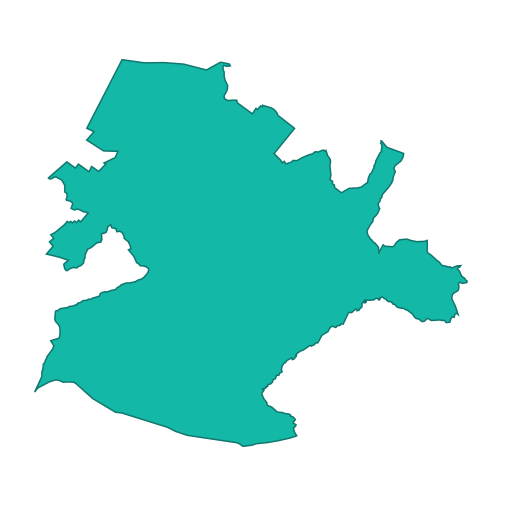 the district of Xaltocan, Tlaxcala, Mexico, rotated 274°
{"feature_id": "50627088B23292319838140", "entity_name": "Xaltocan", "entity_type": "district", "adm_level": 2, "iso_a3": "MEX", "parent_name": "Mexico", "parent_adm1": "Tlaxcala", "projection": "orthographic", "projection_center": [-98.236, 19.419], "detail": "fine", "context": "isolated", "style": "filled", "palette": "teal", "viewbox_px": 512, "rotation_deg": 274, "n_neighbors": 0, "source": "geoboundaries", "source_scale": "gbopen_adm2", "svg_char_len": 6028}
<svg xmlns="http://www.w3.org/2000/svg" viewBox="0 0 512 512"><g transform="rotate(274 256 256)"><path d="M442.5,108.7L371.6,78.3L368.7,85.7L359.8,79.0L350.2,96.7L350.8,111.0L344.3,108.6L338.2,97.9L337.2,99.7L329.4,93.2L333.8,85.8L328.4,83.6L335.3,72.4L331.1,69.8L336.7,60.7L319.4,43.5L318.6,44.4L318.5,45.4L318.8,46.7L320.2,48.5L320.9,50.9L318.4,56.5L317.6,57.3L312.9,60.4L306.5,60.8L305.4,62.6L304.0,63.3L302.7,63.5L299.2,62.7L298.3,63.2L298.0,66.5L296.4,69.0L295.4,69.5L290.6,68.2L289.3,71.6L290.5,75.2L288.0,80.9L288.0,83.2L287.2,85.5L277.9,78.8L279.4,76.6L276.9,74.9L278.3,72.4L276.2,70.7L277.6,68.7L276.3,67.5L277.3,65.3L273.6,62.5L265.3,53.7L262.9,49.8L259.4,53.0L255.7,48.9L251.6,52.9L243.3,46.8L241.4,58.2L238.8,69.1L234.4,64.8L230.1,66.0L228.2,67.7L228.3,68.7L230.2,71.1L231.7,74.2L231.7,78.4L233.3,79.7L234.4,82.3L237.1,84.5L239.5,84.6L242.9,85.7L243.6,85.3L245.7,85.6L251.0,87.6L252.9,91.0L257.5,95.7L258.6,98.0L258.9,100.1L261.8,101.2L262.6,100.7L264.4,100.8L267.0,100.1L267.5,100.6L267.6,101.7L268.4,102.1L268.3,103.6L269.4,104.9L272.5,105.9L274.8,106.0L277.0,108.8L274.1,110.2L273.5,114.4L270.5,115.4L271.1,118.1L270.3,120.6L266.9,122.9L264.5,123.2L262.0,126.5L261.4,127.9L260.3,128.0L259.0,129.1L254.6,130.8L253.3,128.3L247.0,134.2L241.0,137.4L240.4,139.0L238.2,141.3L238.2,144.3L237.7,146.8L236.0,149.6L234.9,150.1L231.3,149.0L226.3,145.2L225.8,144.2L225.1,143.7L223.8,140.1L222.0,137.5L220.3,131.9L220.0,128.3L217.8,123.4L217.0,123.1L214.6,119.6L212.7,118.2L211.5,114.0L209.6,109.5L209.9,108.6L209.0,105.2L207.7,103.3L205.5,102.8L204.7,101.9L202.5,95.7L201.2,94.1L201.3,92.0L199.9,90.0L199.5,86.7L197.3,84.0L196.7,81.8L196.2,81.2L194.5,80.5L194.6,79.3L193.1,76.4L192.8,73.6L191.4,71.6L189.9,64.5L187.8,62.1L187.1,59.9L180.1,59.6L177.9,60.0L176.3,61.0L173.9,63.6L172.1,64.9L169.3,65.6L164.6,65.9L160.4,65.5L157.2,57.1L152.6,60.5L149.4,59.8L140.9,54.5L139.1,54.2L137.1,53.0L135.7,53.1L133.2,51.4L129.0,51.4L125.4,50.5L120.9,50.8L104.8,44.7L108.9,47.3L115.8,58.3L118.0,63.5L118.4,65.0L118.3,67.9L116.6,72.5L117.2,75.8L117.4,83.0L115.9,85.7L102.3,103.2L90.4,126.6L90.0,133.2L78.9,179.8L75.5,187.8L72.3,200.0L68.4,250.0L67.6,252.3L65.2,256.4L67.1,265.7L68.7,269.0L70.7,280.6L73.6,292.1L76.8,302.7L78.7,307.6L79.5,309.2L82.5,307.0L86.4,305.4L87.6,305.9L89.1,307.4L90.4,307.7L91.9,305.0L92.8,304.7L95.2,306.5L95.9,306.5L98.1,304.0L98.6,301.7L99.7,301.7L100.7,299.7L100.9,295.7L101.8,292.7L101.7,288.8L102.1,287.8L106.4,282.2L107.7,278.2L108.5,277.3L110.4,277.1L114.4,273.6L118.7,271.4L119.6,271.5L122.7,273.4L123.2,273.2L123.3,271.8L124.0,271.9L124.6,274.4L125.5,275.2L125.6,274.7L126.1,274.8L126.6,276.6L127.4,276.9L128.1,276.4L128.6,276.8L129.5,279.6L131.5,281.4L132.2,281.0L133.8,281.9L135.0,283.9L138.6,284.9L138.5,287.0L140.8,287.8L142.3,290.1L144.4,289.3L146.3,289.4L148.6,290.0L151.0,291.4L151.6,292.8L153.7,293.9L156.9,298.6L155.2,299.4L155.7,300.9L158.8,303.1L159.6,303.3L159.7,302.6L161.6,303.6L164.4,307.2L165.6,309.9L170.6,316.1L169.9,317.4L171.7,320.5L173.4,321.5L173.7,323.8L181.6,327.3L185.5,333.0L188.7,334.4L190.8,335.9L191.2,337.1L190.3,340.7L192.1,342.0L192.7,344.8L194.3,345.6L194.1,347.7L205.9,352.2L206.2,352.9L206.2,355.4L210.0,359.0L209.8,360.3L208.4,360.6L209.1,362.6L211.1,363.5L212.0,364.9L213.7,365.3L216.1,365.0L216.8,365.4L217.3,365.9L216.8,367.5L217.0,368.5L217.7,369.1L218.2,369.1L218.4,366.9L219.6,367.3L219.8,372.7L220.6,377.0L221.9,378.0L222.1,379.4L222.1,381.4L220.9,381.2L220.7,381.9L221.1,382.5L223.1,383.0L224.0,385.0L222.8,386.5L221.7,389.0L220.8,389.5L219.7,391.5L219.8,394.3L217.7,395.8L217.3,397.7L214.7,400.6L214.0,404.6L214.0,407.4L212.8,409.0L212.7,410.4L208.8,416.5L207.0,417.6L204.9,419.9L204.3,423.2L202.5,425.5L202.2,426.7L202.8,428.8L205.4,430.8L205.6,431.8L203.9,435.5L205.1,444.3L204.7,445.2L204.8,448.8L202.8,450.3L203.4,453.9L207.2,454.9L209.1,456.0L208.6,458.0L211.3,458.3L212.5,459.3L212.6,460.5L211.7,461.7L219.8,458.4L226.5,454.6L228.3,454.2L231.0,454.6L232.6,455.7L235.2,459.4L236.4,460.3L239.3,460.6L242.2,459.9L244.2,461.1L243.1,463.7L244.1,468.0L245.5,468.5L247.0,466.5L248.2,465.9L250.3,462.5L255.5,459.8L256.7,458.2L257.6,457.9L258.7,458.5L259.0,459.8L260.7,460.9L260.2,457.3L257.6,452.0L258.8,450.4L258.5,449.4L259.5,443.5L259.3,442.5L262.9,439.0L264.1,436.9L269.0,430.8L271.2,427.0L273.5,426.3L278.5,426.2L283.5,425.6L282.4,423.2L281.5,415.5L282.2,409.9L283.4,405.1L282.1,397.9L279.1,394.9L275.6,393.0L274.8,391.9L274.7,384.1L276.0,382.0L266.8,377.9L269.3,378.7L270.8,377.9L273.2,377.6L277.1,373.9L278.3,371.7L279.9,370.6L280.7,369.2L285.0,366.0L288.2,365.0L289.6,365.3L294.3,367.4L298.6,370.1L302.5,370.6L304.0,372.3L307.0,374.4L311.9,376.1L312.7,375.1L313.4,375.3L316.1,374.2L317.4,374.4L318.8,375.7L321.2,376.0L323.4,377.4L326.0,377.7L332.9,382.9L338.0,386.1L341.6,387.3L343.9,387.2L349.9,389.1L352.5,387.6L354.5,387.9L355.7,388.4L361.1,394.2L365.6,395.9L368.6,396.1L373.6,379.0L379.7,373.1L379.6,372.7L378.9,373.0L377.2,372.5L375.2,374.0L369.8,373.6L369.1,374.1L367.4,372.5L359.5,369.0L356.3,368.5L354.0,367.3L353.3,367.8L346.9,365.4L345.4,363.8L341.3,362.6L336.6,362.1L336.4,361.2L331.8,355.8L331.8,354.7L331.1,353.7L330.0,344.2L325.0,336.8L329.5,330.0L330.5,329.4L332.1,329.4L333.4,327.2L335.9,327.2L336.6,325.6L337.9,324.5L341.8,325.1L351.5,323.4L355.5,323.8L357.9,323.1L361.0,320.5L366.2,318.4L365.3,317.6L366.3,316.2L366.3,315.3L364.0,310.6L364.2,308.6L363.8,307.3L361.7,305.1L360.8,302.0L357.6,295.7L354.0,290.2L353.9,286.3L352.1,284.7L350.5,281.0L350.0,279.3L352.4,277.7L350.7,275.6L353.3,273.9L359.4,266.9L386.0,285.6L397.8,268.0L399.9,267.1L401.8,265.5L403.7,263.3L404.9,260.7L406.8,252.0L405.2,251.9L406.0,250.1L402.2,247.2L403.3,245.7L397.6,242.5L407.2,227.1L408.4,226.3L410.0,226.0L409.8,221.5L409.1,217.4L410.2,214.3L412.0,213.1L413.9,213.1L418.1,215.2L421.0,215.8L424.1,215.8L429.6,212.7L433.8,211.6L437.0,211.5L439.9,210.2L442.2,209.8L443.9,210.7L443.1,213.8L443.9,217.1L445.7,215.9L446.8,208.0L446.6,206.7L438.1,193.6L442.4,170.4L442.5,150.4L440.9,131.4L442.5,108.7Z" fill="#14b8a6" stroke="#0f766e" stroke-width="1.5"/></g></svg>